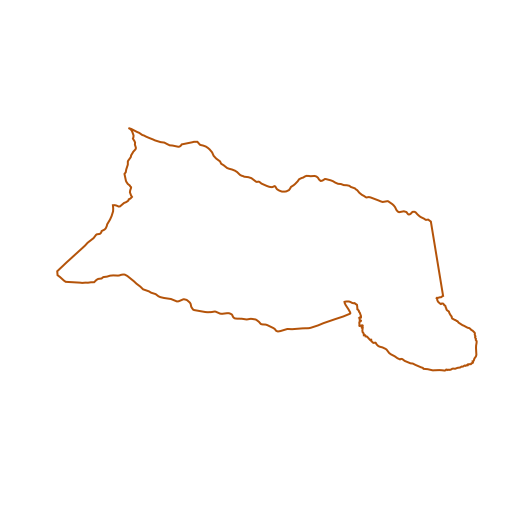 the district of Fuquene, Cundinamarca, Colombia, rotated 78°
{"feature_id": "7082276B76797712336992", "entity_name": "Fuquene", "entity_type": "district", "adm_level": 2, "iso_a3": "COL", "parent_name": "Colombia", "parent_adm1": "Cundinamarca", "projection": "mercator", "projection_center": [-73.763, 5.409], "detail": "fine", "context": "isolated", "style": "outline", "palette": "amber", "viewbox_px": 512, "rotation_deg": 78, "n_neighbors": 0, "source": "geoboundaries", "source_scale": "gbopen_adm2", "svg_char_len": 6033}
<svg xmlns="http://www.w3.org/2000/svg" viewBox="0 0 512 512"><g transform="rotate(78 256 256)"><path d="M333.9,81.3L258.7,77.8L256.2,80.0L256.0,82.2L255.8,82.6L254.4,83.9L252.3,86.6L251.2,87.7L248.9,89.4L246.6,90.7L245.8,91.6L245.5,92.7L245.4,93.8L246.9,96.0L247.2,97.0L247.2,97.8L246.9,98.4L246.1,98.9L244.3,99.7L243.0,102.1L242.9,106.9L242.2,107.9L241.1,108.6L240.1,109.1L237.2,109.8L235.3,110.7L233.7,111.8L230.0,115.3L229.7,116.0L229.5,120.9L228.6,122.5L227.0,124.8L222.5,131.8L221.8,133.4L221.7,135.8L221.3,136.4L219.8,137.8L218.1,139.8L215.6,141.8L212.7,143.3L211.4,144.6L210.4,145.2L208.1,149.0L206.8,150.0L205.7,152.4L204.9,155.4L203.3,157.9L202.4,160.8L200.7,163.2L198.8,165.2L197.5,167.2L195.4,171.4L195.0,172.5L196.0,175.2L196.1,176.3L196.0,177.2L194.2,178.5L192.6,179.0L191.7,179.6L190.8,180.4L189.9,182.0L189.3,186.1L188.7,187.7L188.1,190.0L188.4,191.7L189.1,193.6L189.2,195.1L189.5,196.4L189.9,197.9L191.6,199.7L193.7,202.8L194.6,204.5L195.7,207.4L197.3,208.8L198.4,210.1L199.1,212.9L199.0,214.4L198.4,217.2L197.5,218.7L196.4,220.2L195.0,221.6L194.1,222.0L192.2,222.6L191.7,223.0L191.5,223.4L192.0,225.5L191.8,226.8L191.0,228.8L189.7,230.9L186.3,235.6L184.3,237.2L183.8,238.0L183.7,239.8L183.3,240.5L178.9,244.3L177.3,247.1L176.0,251.0L175.2,252.0L174.4,253.5L173.3,254.8L170.0,257.0L168.2,258.8L166.4,261.5L165.0,264.3L163.9,266.0L160.6,268.7L158.5,270.9L156.0,271.5L152.4,274.7L149.2,276.6L145.5,277.4L142.1,279.2L140.5,280.4L138.7,282.1L138.0,283.1L136.9,284.9L136.1,286.7L135.5,287.7L132.1,289.6L131.4,292.8L131.5,294.9L131.4,305.5L132.2,306.3L132.8,307.2L133.1,308.5L133.0,309.3L130.6,314.7L129.8,317.4L128.0,319.7L126.0,322.1L124.8,325.6L121.9,330.8L120.6,332.5L118.5,335.7L116.4,338.7L114.8,340.6L114.0,342.1L111.3,344.6L109.9,346.6L105.8,351.6L104.3,354.2L105.1,353.1L106.2,352.2L107.6,351.5L108.9,351.2L112.6,350.7L114.3,351.2L115.6,352.0L118.3,351.0L119.9,350.7L121.9,351.3L124.9,351.0L125.6,351.1L126.6,351.7L128.6,354.5L129.4,355.1L130.0,355.8L131.0,356.6L131.5,357.2L133.0,357.8L133.5,358.2L136.2,361.2L136.9,361.7L140.0,362.4L144.3,364.9L147.0,366.0L148.4,367.6L155.5,367.6L156.7,367.3L158.9,366.4L160.8,364.8L161.7,364.6L162.7,363.9L163.3,364.0L165.6,365.4L167.5,366.1L170.9,365.6L172.4,365.0L173.7,366.9L174.1,368.7L175.1,369.2L175.5,369.8L176.3,371.8L176.7,374.1L179.2,378.7L179.1,380.0L177.6,382.1L176.9,383.6L176.6,385.4L179.8,385.8L182.6,386.5L187.0,389.0L190.0,391.2L194.1,395.0L195.6,395.7L197.4,397.0L198.0,397.6L198.7,398.8L199.5,401.8L200.9,402.6L201.7,403.7L201.9,404.3L201.7,407.2L202.1,408.1L204.7,411.1L208.0,417.9L210.3,421.1L222.8,442.5L229.6,453.6L233.5,454.1L235.8,452.1L240.1,449.0L241.7,447.5L245.5,433.6L246.2,431.6L246.6,428.3L247.2,425.9L247.4,422.7L248.0,419.8L246.2,417.0L245.6,415.1L245.9,411.7L245.1,410.3L244.9,409.5L245.2,406.0L244.9,402.8L245.3,399.6L246.5,395.0L246.6,393.5L246.4,392.3L246.4,390.6L246.7,388.8L247.1,388.0L248.8,386.0L255.3,380.7L258.2,378.7L261.9,375.5L265.1,373.4L268.3,368.1L270.1,366.2L272.4,362.1L275.1,359.8L275.7,359.0L276.3,358.2L277.9,354.8L280.4,348.1L284.0,342.8L284.2,341.6L284.1,340.4L283.3,336.4L283.3,335.5L284.4,333.2L285.0,332.5L287.8,330.4L289.3,329.9L292.0,329.9L292.9,329.7L295.3,328.7L296.0,327.8L300.2,317.4L300.9,315.2L301.6,311.2L301.7,308.1L302.0,307.1L304.9,303.1L305.2,302.2L305.5,301.2L305.9,296.5L306.3,294.4L307.1,293.1L308.1,291.9L308.9,291.5L310.5,291.2L311.4,290.8L312.4,290.0L312.7,289.5L313.3,287.7L314.4,283.0L316.1,278.5L316.2,277.7L316.3,274.5L316.6,273.3L318.0,269.6L318.8,268.7L321.0,266.8L323.4,265.5L323.7,265.1L324.2,264.1L325.1,260.8L325.9,259.4L330.0,254.1L331.2,252.9L333.4,251.8L333.9,251.1L334.4,250.2L334.5,247.7L333.9,240.5L335.1,235.9L336.5,225.2L337.6,219.4L337.6,217.4L336.8,209.8L335.7,203.9L334.2,191.6L333.3,183.2L332.0,176.1L331.7,175.7L330.7,175.6L327.2,176.7L322.6,178.5L320.6,179.0L319.3,179.0L319.2,178.5L319.3,176.8L319.7,174.9L320.1,174.0L320.7,173.1L321.9,171.7L322.5,170.4L322.5,169.5L322.9,169.0L323.8,168.6L324.0,168.0L324.7,167.4L326.4,167.5L329.1,167.9L329.2,167.6L329.9,167.4L330.8,166.8L331.8,166.9L332.9,166.3L336.6,165.8L337.9,166.1L337.6,167.3L338.0,167.9L338.6,167.4L339.5,167.8L340.3,167.9L341.0,166.8L341.6,167.1L342.1,168.6L343.0,168.9L344.6,169.0L345.1,169.3L345.8,169.4L346.0,169.2L346.1,168.7L345.8,166.6L346.2,166.1L347.0,166.4L347.7,167.3L348.1,167.5L348.4,167.3L348.5,166.6L351.2,167.5L352.9,167.5L353.4,167.1L354.2,166.8L355.9,167.0L355.9,166.2L356.2,165.7L356.6,165.5L357.4,165.6L358.0,164.1L361.8,161.9L362.1,161.6L361.7,161.1L361.8,160.7L363.4,160.8L365.4,159.3L365.6,157.2L366.1,156.8L366.8,156.7L368.2,156.0L369.6,155.0L370.5,153.7L371.7,151.3L373.7,148.7L374.6,147.8L378.6,145.9L380.2,144.5L382.9,141.2L385.4,138.9L387.1,136.6L386.8,135.7L386.9,135.1L387.1,134.6L387.6,134.0L389.5,132.4L393.1,127.2L393.8,125.0L395.6,122.8L399.2,117.7L400.1,116.1L401.2,115.6L402.4,111.6L404.6,106.9L405.7,100.4L406.4,97.9L407.3,95.3L407.2,94.1L406.7,93.7L406.7,93.2L406.9,92.7L407.4,92.2L407.3,90.9L407.7,90.2L407.6,88.9L407.1,87.5L407.1,86.6L407.7,84.7L407.3,82.1L407.5,79.5L406.9,77.9L407.2,76.8L407.1,76.3L406.5,74.8L407.0,73.8L406.7,73.3L406.9,72.2L406.9,71.8L406.3,71.8L406.0,71.2L406.0,70.9L406.3,70.6L406.2,69.6L406.5,68.4L406.2,67.8L405.9,67.7L405.7,67.5L405.7,66.6L405.6,66.2L405.3,65.9L404.1,66.0L404.1,65.5L403.7,64.9L403.0,64.4L401.7,63.7L400.0,61.8L398.5,61.0L391.6,59.9L389.3,59.3L386.8,58.3L385.2,57.9L383.7,58.5L382.6,58.1L381.8,58.5L381.1,58.6L380.6,58.5L380.3,58.1L379.8,58.1L378.5,58.4L377.2,58.0L376.4,58.1L374.0,59.7L373.2,60.7L371.6,61.7L370.8,62.5L370.3,63.7L369.7,64.5L367.3,67.3L366.6,68.4L363.2,71.8L361.9,72.3L361.5,72.7L361.3,73.3L360.2,74.1L359.9,74.8L357.9,77.1L356.9,77.3L355.9,77.2L354.3,78.0L352.1,78.7L350.4,78.9L348.8,80.4L348.0,80.8L346.6,80.8L346.0,81.1L344.4,81.1L343.7,81.5L343.3,82.1L342.6,82.2L341.4,83.0L341.1,84.1L341.4,84.6L341.4,85.3L340.8,85.8L339.4,86.9L338.6,87.4L337.2,87.8L335.3,87.8L334.8,88.1L334.5,87.7L334.8,86.8L334.6,84.9L334.8,83.7L334.6,83.0L333.9,81.8L333.9,81.3Z" fill="none" stroke="#b45309" stroke-width="2"/></g></svg>